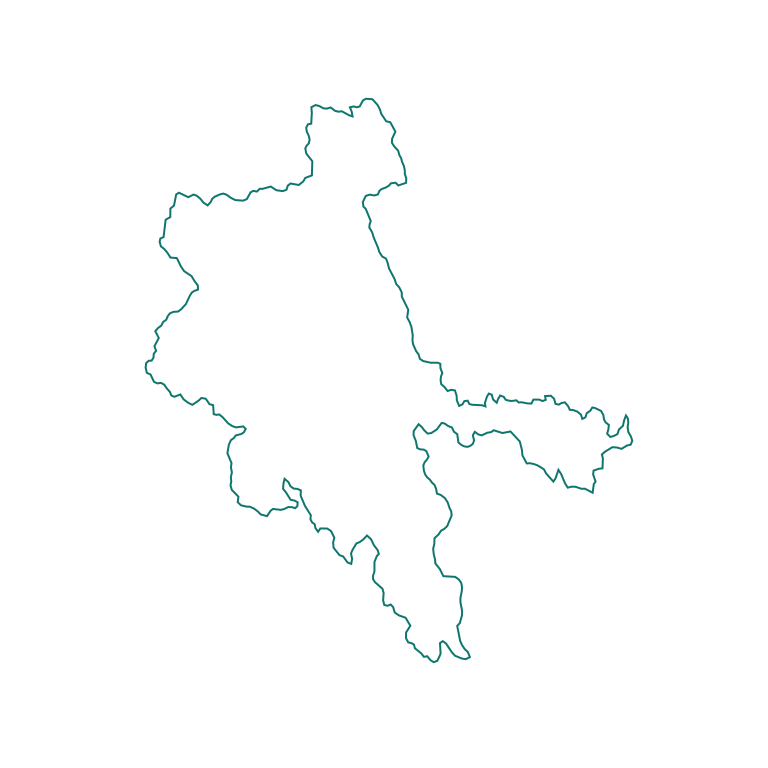 Guanhães, Minas Gerais, Brazil (Equal Earth projection), rotated 344°
{"feature_id": "56859067B12936840453094", "entity_name": "Guanhães", "entity_type": "district", "adm_level": 2, "iso_a3": "BRA", "parent_name": "Brazil", "parent_adm1": "Minas Gerais", "projection": "equal_earth", "projection_center": [-42.817, -18.856], "detail": "fine", "context": "isolated", "style": "outline", "palette": "teal", "viewbox_px": 768, "rotation_deg": 344, "n_neighbors": 0, "source": "geoboundaries", "source_scale": "gbopen_adm2", "svg_char_len": 6163}
<svg xmlns="http://www.w3.org/2000/svg" viewBox="0 0 768 768"><g transform="rotate(344 384 384)"><path d="M608.3,488.2L608.9,484.4L607.9,481.0L604.7,485.3L602.2,490.0L597.3,492.5L594.6,496.5L590.6,497.3L587.0,497.3L584.8,493.3L587.1,489.6L588.9,485.3L586.4,481.9L585.7,478.6L586.3,474.4L585.2,469.7L580.3,465.3L577.8,464.0L575.0,466.5L570.9,467.9L568.4,471.6L565.0,472.2L564.9,467.7L562.2,463.8L558.4,461.0L555.5,460.1L554.9,456.1L552.8,451.5L549.3,451.2L546.3,452.0L543.4,450.4L543.4,445.1L541.2,441.3L535.5,440.0L535.1,443.8L531.7,444.1L528.9,441.8L523.3,440.2L520.3,443.4L516.8,442.3L511.0,439.4L508.4,438.9L506.8,436.2L501.9,435.5L499.0,434.2L496.6,432.7L495.6,429.4L492.5,427.1L489.5,429.9L487.2,433.1L484.6,429.0L484.6,424.0L482.1,422.1L479.6,424.4L475.8,430.0L475.3,433.5L472.7,431.6L463.4,428.4L460.6,426.9L459.8,423.1L456.5,422.6L453.8,425.2L450.2,425.8L449.5,419.8L450.6,415.2L450.4,409.7L447.0,408.1L443.2,408.3L441.4,403.7L439.0,400.0L439.4,396.2L440.7,392.7L443.1,389.5L442.6,384.4L443.7,380.1L441.4,378.3L434.9,376.5L427.9,372.7L425.4,369.6L425.4,364.9L424.0,361.5L422.9,353.8L423.4,349.8L425.0,345.4L426.1,336.5L425.7,331.4L424.6,326.4L427.8,319.3L425.2,305.0L426.3,300.9L425.3,295.3L423.3,291.2L423.1,286.0L420.7,274.4L420.9,268.4L420.5,264.1L417.4,260.9L415.9,255.8L415.8,251.2L414.5,240.5L414.4,234.7L413.0,229.6L414.3,226.3L416.2,223.7L414.7,210.6L413.1,207.7L413.8,203.3L418.3,198.2L422.4,198.0L426.7,200.1L430.4,200.1L432.8,197.1L435.2,196.0L440.1,195.6L443.3,194.7L446.0,193.0L450.6,193.7L452.5,197.1L460.7,196.7L462.1,192.4L461.9,188.0L462.9,184.2L463.2,179.9L462.6,175.4L462.7,171.7L461.9,168.3L461.9,163.6L459.4,158.7L458.1,154.4L459.3,150.6L464.5,144.5L462.2,134.2L458.5,132.0L455.8,123.4L455.8,119.1L454.8,114.2L451.4,107.1L445.2,104.8L442.0,105.6L437.1,110.5L434.2,110.5L431.5,108.9L427.5,108.6L428.0,113.4L427.5,118.1L424.6,116.1L418.6,110.2L415.3,109.7L412.1,107.8L409.0,103.5L404.8,103.5L401.6,102.2L398.5,99.0L395.1,97.0L390.5,97.9L389.4,103.3L385.8,113.7L382.5,113.4L379.9,116.1L379.3,120.2L380.1,124.7L379.8,128.8L378.0,132.0L375.4,133.5L373.3,135.8L372.8,141.1L376.5,150.1L372.2,163.6L365.1,164.2L362.3,167.0L356.9,169.2L349.4,165.5L346.2,166.8L343.8,170.4L339.9,170.7L334.0,168.1L329.6,163.0L320.9,162.9L318.3,162.1L314.9,164.0L311.5,162.3L308.6,163.0L303.0,168.5L299.1,168.9L291.7,166.2L288.0,162.7L285.0,158.8L282.1,156.7L279.1,156.5L272.8,157.3L269.9,158.7L267.6,161.3L263.7,163.7L260.4,159.8L258.6,155.4L255.9,151.4L253.1,149.4L247.4,150.5L239.6,143.6L236.5,144.5L231.3,154.6L227.0,156.5L224.6,164.6L219.4,165.9L212.6,182.0L209.1,182.5L207.5,185.5L207.5,190.2L210.0,193.7L211.9,198.0L213.6,203.6L219.6,205.9L221.2,215.1L223.0,220.5L228.7,227.2L230.3,233.0L232.2,237.9L231.2,242.0L227.5,242.2L224.5,243.1L221.5,245.8L215.7,252.5L209.7,256.2L206.1,257.6L201.4,256.6L197.6,257.1L194.8,259.2L192.4,262.2L188.8,263.5L186.0,266.5L182.4,267.8L178.7,270.2L180.2,277.7L173.7,284.5L174.1,289.3L171.0,291.5L169.7,295.1L167.0,297.5L164.3,296.8L161.2,298.3L159.4,302.4L159.1,307.9L162.2,310.5L163.5,318.5L166.2,320.9L170.0,321.5L172.6,324.1L173.9,328.2L176.0,332.5L176.4,336.4L179.0,338.5L185.3,337.9L187.2,343.6L190.5,348.0L194.0,351.2L201.4,348.8L204.6,347.1L208.6,349.0L210.7,355.3L213.9,357.2L212.0,366.1L214.5,367.5L217.1,367.8L219.5,371.0L223.3,378.8L226.5,382.6L229.8,384.9L237.0,386.0L238.7,389.0L236.1,391.7L233.2,392.7L227.3,392.6L224.7,394.6L221.2,395.9L218.1,399.7L214.4,407.3L215.6,418.0L213.9,421.9L213.4,427.1L211.1,431.4L210.3,435.6L208.5,439.2L208.5,443.8L213.0,452.2L210.8,457.3L213.1,461.2L218.1,464.0L221.1,464.9L224.7,467.9L227.7,471.9L229.5,475.4L235.2,478.8L240.0,474.6L242.8,473.5L250.0,476.5L253.5,476.7L258.0,475.9L261.7,477.1L264.5,478.9L267.1,477.4L268.4,473.9L266.0,471.5L262.3,469.5L259.9,461.2L258.1,456.9L259.9,452.0L262.3,447.7L265.1,452.0L265.9,456.5L268.3,459.6L271.9,461.0L274.7,463.3L273.1,468.4L274.4,479.3L277.5,490.0L276.0,493.7L276.7,497.1L278.7,499.7L278.4,503.6L279.9,507.9L283.0,505.3L289.6,507.3L292.5,510.7L293.9,518.0L291.4,522.3L290.4,527.5L294.0,536.2L297.2,538.5L299.7,545.4L302.9,547.9L305.1,543.4L305.6,537.8L308.2,534.6L313.6,529.6L316.8,529.3L320.9,527.9L325.9,525.0L328.7,529.5L329.9,536.3L332.1,541.9L332.2,546.0L329.8,547.3L325.8,552.4L323.1,561.7L320.6,565.3L319.7,568.7L320.7,572.0L326.1,580.4L326.0,584.9L323.5,591.8L323.4,596.5L326.4,598.2L329.6,597.8L331.3,601.0L331.3,606.5L334.5,610.5L340.3,614.6L342.7,623.6L336.7,629.0L335.1,634.4L336.1,639.1L338.6,640.4L340.9,642.6L340.9,646.6L345.6,653.3L347.2,657.3L350.5,657.6L352.5,662.2L355.1,665.1L358.9,664.8L362.3,661.1L364.1,658.7L366.4,648.5L369.6,647.4L372.1,650.5L375.4,661.0L377.5,664.9L383.2,669.4L386.7,671.0L391.3,670.2L390.7,664.7L388.4,660.8L387.0,656.3L386.4,651.8L387.7,636.7L390.9,634.8L395.2,627.9L396.5,623.8L397.3,615.0L398.4,611.0L401.6,604.7L403.0,600.8L403.4,596.5L402.0,592.4L399.2,589.0L388.1,585.1L386.7,577.4L383.9,570.6L384.7,567.0L384.9,561.5L385.8,556.0L388.3,551.6L390.0,546.2L395.1,543.6L398.3,540.8L402.2,539.8L405.6,538.0L412.8,529.0L413.5,525.0L412.8,521.0L412.6,515.4L411.1,510.5L407.9,506.2L404.7,504.0L405.2,499.0L404.7,494.8L403.0,492.2L401.7,488.5L399.7,485.5L398.6,482.1L398.5,478.3L399.3,473.2L401.6,470.3L404.2,468.7L406.9,466.0L406.2,460.2L404.1,458.0L400.9,456.9L398.3,454.7L398.9,447.7L398.3,441.3L399.6,437.4L406.2,432.2L408.4,435.7L410.0,439.8L412.3,443.7L415.8,444.2L422.2,442.3L428.7,437.3L431.4,438.7L434.1,442.1L437.3,444.5L438.1,449.2L440.6,452.4L439.4,460.6L441.3,463.6L443.8,466.0L447.1,467.5L450.4,467.1L453.1,465.9L455.1,462.9L455.2,457.9L458.1,455.0L460.8,458.5L463.8,460.3L470.1,459.3L473.7,459.8L476.7,458.7L484.4,463.8L492.5,464.5L498.7,476.7L498.4,485.5L497.4,490.9L499.3,499.7L502.2,500.3L505.4,501.9L508.5,504.0L511.5,507.0L514.3,510.3L515.1,514.5L519.9,524.5L522.8,522.1L528.0,514.6L529.5,519.6L530.6,529.3L532.1,534.3L536.0,534.4L539.8,535.6L544.8,539.1L548.2,540.0L554.6,546.0L558.1,538.0L560.5,536.1L560.1,528.6L561.6,525.0L567.2,524.7L570.8,525.3L573.9,515.8L574.0,511.8L577.5,510.1L586.0,507.7L590.3,509.2L594.5,511.8L600.6,510.1L604.4,510.3L607.0,507.1L606.9,502.5L605.6,497.4L606.3,492.6L608.3,488.2Z" fill="none" stroke="#0f766e" stroke-width="2"/></g></svg>